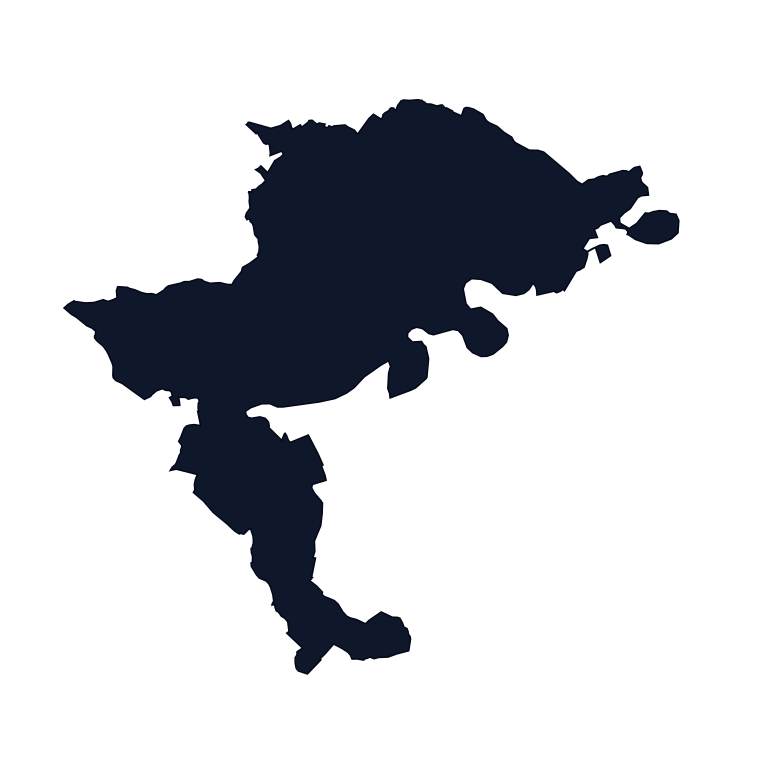 outline of Ocna Mures, Alba, Romania, rotated 174°
{"feature_id": "2599482B18831456175320", "entity_name": "Ocna Mures", "entity_type": "district", "adm_level": 2, "iso_a3": "ROU", "parent_name": "Romania", "parent_adm1": "Alba", "projection": "equal_earth", "projection_center": [23.85, 46.393], "detail": "fine", "context": "isolated", "style": "filled", "palette": "ink", "viewbox_px": 768, "rotation_deg": 174, "n_neighbors": 0, "source": "geoboundaries", "source_scale": "gbopen_adm2", "svg_char_len": 6162}
<svg xmlns="http://www.w3.org/2000/svg" viewBox="0 0 768 768"><g transform="rotate(174 384 384)"><path d="M395.5,645.7L407.3,645.9L408.0,644.7L411.8,646.6L413.2,644.6L416.9,646.5L415.4,648.6L421.3,650.4L423.5,649.3L427.7,653.7L428.7,653.9L431.0,653.9L432.0,652.4L438.8,648.1L440.2,650.5L447.9,647.0L449.1,648.6L449.8,652.9L451.4,656.0L460.0,651.8L469.7,650.1L490.6,658.4L491.7,658.5L492.5,657.2L493.9,656.4L485.1,646.3L483.7,646.9L478.6,636.4L476.2,634.7L474.5,635.2L473.0,633.9L472.9,625.6L473.5,623.0L461.6,626.2L460.6,624.7L460.3,622.7L463.3,620.4L469.3,617.6L477.6,606.4L483.6,613.8L486.6,611.5L489.3,610.6L484.6,606.6L480.5,598.7L484.2,595.6L487.7,593.7L490.8,591.2L495.1,590.9L494.9,588.8L498.4,589.4L498.7,588.5L498.2,587.5L498.3,583.6L499.0,579.5L498.8,573.0L503.0,568.2L504.4,564.8L503.2,561.7L501.3,562.3L500.2,561.7L500.2,559.8L498.2,557.5L497.4,554.6L497.0,546.6L496.5,545.2L493.8,541.3L494.1,538.5L493.6,534.4L494.0,531.6L494.8,528.0L496.5,525.3L495.6,523.7L505.1,518.0L512.5,514.8L514.1,510.7L521.9,502.9L524.8,498.8L529.3,499.4L536.7,502.0L546.5,502.4L552.2,504.9L554.5,507.0L558.3,507.9L566.8,506.2L571.9,506.7L575.8,505.6L588.2,504.1L590.7,502.7L593.7,500.1L601.1,496.5L605.5,498.2L610.1,498.4L615.4,500.2L622.1,503.8L627.7,505.9L628.7,506.9L638.1,508.6L638.8,508.5L640.4,504.6L640.5,497.6L645.0,496.1L649.8,495.0L654.4,497.2L663.9,495.4L672.2,495.8L683.1,498.5L683.5,499.2L689.8,496.3L694.3,493.1L688.0,486.3L683.0,482.5L673.5,473.0L668.7,470.2L665.2,466.5L666.0,463.1L666.9,461.9L667.0,460.0L665.1,457.0L659.3,450.9L656.4,445.7L654.9,441.9L652.2,433.2L651.6,429.8L652.8,420.5L652.6,418.5L650.4,415.5L644.3,411.9L623.9,393.7L617.4,396.0L616.2,397.4L611.1,400.9L605.0,402.5L601.7,400.5L598.1,399.9L596.5,398.6L595.8,394.8L596.0,394.1L598.8,392.8L596.7,388.5L595.8,384.6L589.3,384.1L589.3,389.3L589.9,392.2L583.6,391.5L581.7,390.7L580.3,389.3L576.1,390.0L572.1,390.0L569.9,388.7L569.8,387.3L568.8,387.2L570.7,384.3L571.5,379.2L570.9,376.6L572.2,376.5L570.8,361.9L577.1,363.5L581.6,363.5L585.0,362.8L587.4,360.8L591.4,352.9L594.2,348.4L591.9,344.7L591.5,342.8L593.0,340.0L593.4,338.5L593.2,337.1L595.0,334.7L598.9,327.1L600.2,325.5L603.3,323.4L605.7,320.3L599.6,321.0L579.2,313.5L581.6,308.7L583.1,304.1L583.2,298.7L584.9,296.0L575.9,286.5L567.0,273.7L555.2,261.8L548.0,253.5L543.7,250.0L543.1,250.6L539.1,249.3L532.6,254.5L532.5,253.7L531.8,253.8L530.2,246.4L530.3,242.0L530.6,239.5L532.5,234.5L533.4,234.3L533.5,229.7L532.9,227.4L532.9,225.1L533.6,220.3L534.9,220.0L535.0,216.5L531.0,207.9L528.3,204.0L521.9,200.5L519.4,197.2L518.1,193.8L516.6,186.1L516.4,179.5L518.1,177.3L518.5,175.8L515.9,176.2L515.6,172.5L514.8,169.5L512.8,168.2L510.4,163.8L507.1,161.3L504.6,157.5L504.4,147.8L506.8,146.4L492.6,129.9L498.5,126.8L498.9,123.6L500.9,121.3L501.5,116.2L501.2,111.5L500.8,109.9L499.0,107.4L490.5,103.6L475.6,116.2L476.6,117.1L470.5,122.0L461.3,130.6L453.4,125.4L448.1,121.1L445.7,117.8L444.6,113.8L439.2,113.3L433.5,111.6L431.9,112.1L431.3,113.0L429.4,112.9L426.7,113.9L422.5,111.8L418.1,112.6L408.5,112.0L399.5,114.2L387.3,116.1L384.2,127.6L384.4,129.9L385.9,133.0L385.9,135.3L386.7,138.4L389.5,140.1L390.7,144.9L392.7,149.4L395.2,150.6L400.1,151.2L410.6,157.6L423.8,150.4L427.5,147.5L435.9,152.6L442.2,155.0L445.3,157.0L448.8,161.8L452.5,169.8L456.0,173.8L466.1,179.3L467.7,181.9L466.9,183.4L472.1,190.1L478.3,196.1L475.3,199.1L476.1,199.6L470.3,218.1L472.8,218.8L470.3,224.6L469.6,235.1L461.7,249.7L459.0,261.7L457.6,272.3L459.3,273.8L458.7,274.2L464.6,282.8L466.7,288.0L466.6,289.1L465.6,291.6L451.6,294.3L452.3,299.8L454.8,309.5L453.1,309.8L456.7,321.0L464.6,341.2L483.3,335.7L484.9,337.9L486.4,343.4L487.6,345.4L488.4,344.7L491.6,338.7L503.1,352.8L502.5,354.3L502.8,358.2L505.6,362.3L510.8,364.3L519.4,363.8L522.8,365.1L524.5,368.4L524.5,371.4L519.1,374.3L507.6,377.1L499.5,376.3L492.4,372.3L486.7,371.7L450.3,372.9L434.4,374.6L422.4,378.8L414.3,383.3L402.8,393.2L385.4,402.9L377.1,406.6L375.7,400.9L375.3,400.7L376.3,399.5L378.3,394.2L380.7,379.1L379.4,373.8L379.4,369.5L357.7,375.1L352.8,376.9L341.9,384.7L340.6,386.2L337.0,404.5L338.4,416.7L340.6,419.1L342.2,422.4L351.3,422.8L355.7,428.0L355.2,432.0L350.9,435.7L345.6,437.0L340.0,435.1L334.2,429.5L329.7,427.8L309.7,431.1L304.5,429.4L300.6,424.0L297.4,411.5L292.5,405.8L284.6,401.2L278.6,400.8L272.4,402.3L261.9,409.1L257.8,413.0L255.4,419.5L256.1,426.3L264.1,434.8L268.6,442.0L279.7,450.2L290.0,449.3L294.0,455.2L295.3,470.4L292.3,476.0L285.8,479.6L276.7,478.0L266.1,473.0L256.5,461.8L243.4,458.3L235.2,459.5L229.9,462.8L226.1,467.5L225.8,468.6L224.5,467.6L223.0,464.9L222.4,461.6L222.6,456.4L204.6,458.6L204.4,457.7L202.6,456.7L198.4,458.0L196.1,459.6L194.8,457.9L181.1,476.1L177.2,477.1L172.8,479.3L169.1,487.6L167.7,492.0L167.9,494.0L166.9,494.6L159.5,497.7L156.2,482.1L145.2,488.0L147.3,498.7L150.6,499.6L154.7,499.5L162.2,497.0L168.1,494.5L172.1,497.8L164.6,507.3L156.4,507.4L158.7,515.8L154.9,516.9L152.3,519.3L141.8,522.2L140.8,522.1L137.5,517.4L137.1,515.7L136.6,515.1L127.5,513.1L125.4,509.9L126.6,507.3L124.9,506.5L118.8,501.4L107.8,496.3L96.1,494.8L83.0,498.3L75.8,503.6L73.7,515.7L75.8,522.3L82.0,523.7L84.8,526.5L91.9,527.7L98.4,527.2L102.7,526.1L106.3,526.8L115.9,517.3L123.9,513.1L132.5,519.3L132.5,524.6L127.1,529.1L120.8,532.6L112.2,542.8L108.4,544.3L101.2,544.2L101.4,551.9L105.7,556.7L106.8,558.4L107.4,562.2L105.2,565.7L105.0,567.2L106.9,573.7L112.4,573.1L118.4,569.3L120.2,570.5L124.3,571.3L137.8,569.0L140.3,567.2L144.6,568.3L149.1,567.6L153.5,565.8L159.4,565.7L166.0,561.9L170.8,565.3L177.6,573.7L200.8,597.9L206.4,600.3L215.1,601.4L227.8,610.1L229.4,611.9L231.1,616.1L238.5,621.9L244.5,628.4L252.1,632.9L254.7,635.4L257.3,641.6L266.1,648.0L271.3,650.1L274.1,650.4L275.8,649.4L278.9,642.7L286.7,647.0L287.3,648.4L293.0,652.1L294.2,651.9L296.7,655.3L297.6,655.6L302.4,655.0L307.7,657.4L312.8,658.2L313.8,659.9L315.6,660.8L316.6,662.1L320.8,663.2L329.1,663.4L334.6,664.4L337.3,663.9L341.2,659.7L343.7,655.0L344.7,656.0L345.7,656.2L345.4,657.3L347.5,657.9L348.9,657.5L351.0,655.2L354.9,653.5L357.0,651.8L357.2,650.3L358.9,647.6L366.3,653.4L371.2,649.7L384.1,635.3L387.0,639.7L392.9,643.3L395.5,645.7Z" fill="#0f172a" stroke="#020617" stroke-width="1.5"/></g></svg>